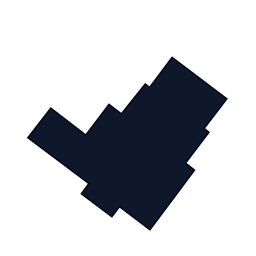 Vinton, Ohio, United States of America, rotated 123°
{"feature_id": "52423323B79986289007094", "entity_name": "Vinton", "entity_type": "district", "adm_level": 2, "iso_a3": "USA", "parent_name": "United States of America", "parent_adm1": "Ohio", "projection": "albers", "projection_center": [-82.511, 39.212], "detail": "fine", "context": "isolated", "style": "filled", "palette": "ink", "viewbox_px": 256, "rotation_deg": 123, "n_neighbors": 0, "source": "geoboundaries", "source_scale": "gbopen_adm2", "svg_char_len": 406}
<svg xmlns="http://www.w3.org/2000/svg" viewBox="0 0 256 256"><g transform="rotate(123 128 128)"><path d="M44.8,129.5L82.2,132.0L81.7,137.5L119.8,141.3L118.5,156.8L156.9,159.6L153.4,203.6L190.7,206.7L195.9,130.6L208.6,131.3L211.2,93.2L198.6,92.3L201.4,54.2L164.2,51.7L127.1,49.3L126.1,60.6L87.5,57.8L87.0,63.9L49.7,61.0L45.7,116.8L44.8,129.5Z" fill="#0f172a" stroke="#020617" stroke-width="1.5"/></g></svg>